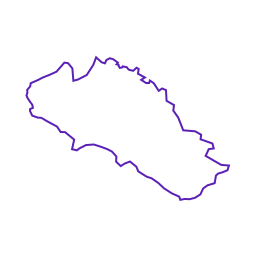 outline of Ammadies, Nicosia, Cyprus, rotated 131°
{"feature_id": "46923920B28653091355318", "entity_name": "Ammadies", "entity_type": "district", "adm_level": 2, "iso_a3": "CYP", "parent_name": "Cyprus", "parent_adm1": "Nicosia", "projection": "mercator", "projection_center": [32.711, 35.166], "detail": "fine", "context": "isolated", "style": "outline", "palette": "violet", "viewbox_px": 256, "rotation_deg": 131, "n_neighbors": 0, "source": "geoboundaries", "source_scale": "gbopen_adm2", "svg_char_len": 1408}
<svg xmlns="http://www.w3.org/2000/svg" viewBox="0 0 256 256"><g transform="rotate(131 128 128)"><path d="M74.5,124.2L75.8,128.2L79.8,129.2L77.3,137.9L77.8,142.6L80.2,141.6L82.2,143.9L83.0,149.6L78.8,148.4L80.5,156.1L76.5,158.6L76.9,161.1L81.4,161.6L82.4,163.5L83.4,165.4L83.3,167.3L82.9,168.6L84.9,172.4L85.9,172.0L88.0,173.6L87.4,175.6L86.5,176.6L87.4,178.4L85.3,178.5L85.8,184.2L87.3,187.5L91.0,188.9L94.3,187.8L95.7,191.0L95.6,198.4L103.1,195.6L115.1,193.9L124.3,197.6L128.2,200.2L119.5,209.1L118.4,215.8L120.4,218.9L132.4,218.9L139.8,222.3L141.8,223.4L146.6,225.8L149.9,227.0L158.0,230.8L160.8,229.1L165.4,229.1L167.3,227.1L170.0,226.0L171.3,223.4L172.4,219.5L173.3,215.4L175.2,213.0L178.0,214.3L179.4,213.2L181.5,208.4L179.4,203.0L177.2,200.1L175.9,193.2L174.8,188.4L173.5,182.5L175.2,176.2L172.4,172.8L172.1,161.0L180.7,156.3L178.4,151.9L175.3,151.3L168.4,148.5L162.9,143.0L160.0,136.3L157.7,130.2L156.3,124.7L157.1,118.1L161.2,114.9L161.5,108.5L156.8,107.1L152.0,104.5L151.7,96.4L154.0,91.8L152.5,81.9L150.5,77.3L149.6,68.9L149.9,61.1L148.5,51.8L146.2,44.3L147.9,41.4L144.5,38.8L141.3,34.8L136.7,31.6L130.6,29.8L124.3,31.6L119.1,30.4L112.8,26.4L106.2,30.4L103.3,30.1L99.2,27.5L94.6,25.2L90.1,27.2L94.7,33.5L98.1,51.1L91.0,53.2L87.2,49.9L84.3,54.1L88.9,65.8L85.1,68.4L86.4,75.1L93.5,84.8L87.2,96.9L85.1,105.3L80.5,108.3L82.2,116.7L74.5,124.2Z" fill="none" stroke="#5b21b6" stroke-width="2"/></g></svg>